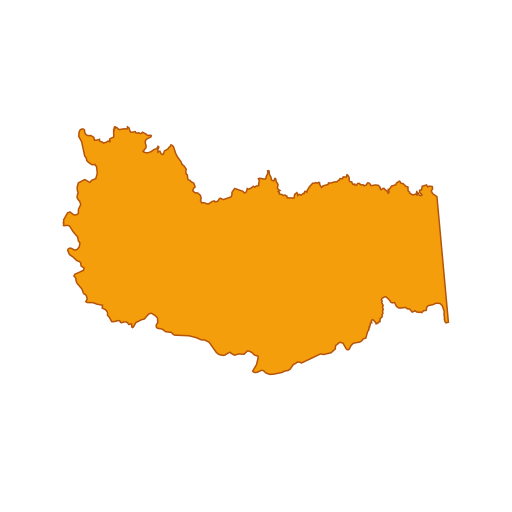 outline of Yavaraté (Cor. Departamental), Vaupés, Colombia, rotated 195°
{"feature_id": "7082276B57930571389360", "entity_name": "Yavaraté (Cor. Departamental)", "entity_type": "district", "adm_level": 2, "iso_a3": "COL", "parent_name": "Colombia", "parent_adm1": "Vaupés", "projection": "mercator", "projection_center": [-69.777, 0.831], "detail": "fine", "context": "isolated", "style": "filled", "palette": "amber", "viewbox_px": 512, "rotation_deg": 195, "n_neighbors": 0, "source": "geoboundaries", "source_scale": "gbopen_adm2", "svg_char_len": 6145}
<svg xmlns="http://www.w3.org/2000/svg" viewBox="0 0 512 512"><g transform="rotate(195 256 256)"><path d="M96.6,360.2L101.5,361.9L103.5,364.1L102.8,366.6L103.7,368.7L106.5,368.4L108.1,367.2L109.6,368.8L113.5,366.4L113.2,362.8L114.9,362.0L115.0,361.5L114.1,359.6L111.7,358.3L111.6,357.3L113.8,356.8L116.0,359.1L117.4,359.7L117.3,358.2L116.2,358.0L116.3,356.5L118.0,357.0L120.1,355.6L123.5,356.3L124.1,357.4L125.9,358.2L127.1,362.0L129.1,362.0L132.7,364.0L134.9,363.8L136.3,365.3L137.0,365.4L139.3,362.6L139.4,361.0L143.2,358.6L144.5,355.0L145.5,354.6L144.2,352.7L144.1,351.4L144.6,350.8L146.5,353.0L147.5,352.9L149.9,354.5L151.1,354.0L152.0,352.6L153.0,352.5L154.0,354.6L156.1,355.9L158.9,355.6L163.0,353.7L165.2,355.6L166.8,355.7L167.3,355.3L167.8,353.1L169.8,351.8L170.9,352.5L173.1,351.9L175.4,352.9L176.6,352.3L177.4,350.4L178.9,350.1L179.3,351.0L181.1,350.3L182.8,352.4L184.1,352.0L185.3,352.7L186.5,356.1L188.4,357.9L189.2,358.0L189.2,355.6L192.2,355.0L192.4,353.2L194.9,352.5L195.1,350.9L195.9,350.6L197.1,348.5L199.2,348.0L202.9,345.7L204.9,345.4L204.9,343.8L209.5,341.0L210.4,339.1L213.2,341.8L213.4,343.1L214.4,343.5L215.3,342.3L217.3,342.3L218.8,341.2L220.1,341.0L222.6,336.1L222.6,334.8L223.4,333.6L223.4,330.8L224.5,331.3L225.5,331.1L225.8,328.7L226.6,328.7L228.1,326.5L230.1,326.7L231.3,325.3L231.9,326.8L233.0,327.8L234.6,325.5L234.3,321.8L240.9,320.3L241.8,322.0L242.6,321.8L243.7,322.4L245.3,321.6L246.9,322.1L249.5,321.9L249.9,323.4L251.3,323.9L249.8,325.5L251.9,326.1L253.0,327.5L253.1,330.5L254.3,332.0L255.5,332.6L256.8,335.5L257.4,335.9L258.1,335.6L258.0,333.9L258.6,333.1L260.7,333.4L262.0,336.1L264.0,338.1L265.4,341.5L266.2,341.7L266.8,341.3L266.0,339.4L266.7,335.0L266.4,333.3L267.9,332.4L272.6,332.1L273.7,331.3L272.2,329.4L272.2,326.7L271.6,324.7L274.1,323.4L275.0,322.1L276.5,322.7L278.9,319.8L280.9,318.5L281.9,318.9L281.9,315.4L283.5,313.9L285.5,315.1L294.1,315.7L295.7,311.3L295.1,308.9L295.3,306.7L302.2,302.0L305.5,302.6L306.5,301.3L306.8,299.4L308.3,298.2L309.8,297.8L310.4,298.4L312.3,297.5L315.7,293.7L320.0,294.0L322.3,293.3L324.1,295.6L323.8,297.3L325.4,300.2L328.7,301.8L331.4,301.3L334.1,302.7L333.7,305.4L332.7,306.7L333.4,308.2L335.1,310.3L338.2,311.1L339.4,312.0L341.0,312.0L341.8,312.8L343.4,316.7L344.8,317.2L345.8,320.0L345.8,321.7L348.6,324.2L351.2,325.5L352.8,327.6L357.7,331.6L360.2,334.4L363.9,340.1L365.8,341.3L367.1,341.2L367.2,339.5L368.2,338.4L368.7,336.7L371.7,333.7L371.8,330.6L372.3,329.9L374.0,330.1L376.0,332.4L377.7,330.9L378.3,333.5L378.0,336.1L379.0,336.6L379.6,334.1L382.2,332.3L384.5,329.5L387.3,327.6L390.2,327.2L392.2,327.7L390.3,332.1L390.6,333.9L392.1,336.3L392.7,339.0L391.3,341.2L388.4,343.8L388.2,345.0L388.7,345.4L392.1,344.4L393.7,345.3L397.6,346.2L399.0,344.3L401.6,344.7L402.2,344.0L403.8,343.8L404.8,344.9L408.6,343.1L409.5,343.4L411.9,346.9L413.6,347.5L413.3,345.6L413.9,345.1L415.9,344.9L420.6,342.8L421.4,342.8L423.8,344.1L425.9,344.3L426.2,343.6L425.3,342.8L426.0,342.4L426.3,341.1L425.4,340.3L425.8,339.6L424.2,334.1L427.5,331.4L427.5,329.6L426.6,329.3L426.6,328.7L429.0,328.5L429.7,327.4L432.5,325.6L433.9,326.3L436.0,326.3L437.0,327.0L437.4,328.2L438.9,327.1L442.1,326.0L443.3,328.6L446.6,329.6L449.5,328.8L451.5,329.2L453.1,330.5L454.4,333.4L455.5,333.9L457.2,333.6L458.4,332.4L459.0,330.2L458.2,325.7L454.0,321.2L447.3,308.2L445.3,306.7L444.2,304.4L442.1,303.1L438.1,301.7L435.2,302.7L434.5,301.7L433.3,301.4L430.7,294.7L430.8,289.3L434.4,286.5L435.5,284.1L441.2,285.5L446.5,280.7L446.6,276.2L445.4,272.8L444.1,271.0L444.4,269.0L443.9,266.0L441.8,263.9L440.6,263.4L438.6,260.3L439.6,255.2L438.7,251.2L439.6,249.7L441.7,248.6L443.0,248.7L447.1,250.4L449.2,248.9L451.2,241.1L450.4,238.8L450.8,238.2L449.9,237.2L450.0,235.8L449.5,235.5L445.7,236.9L443.7,236.6L438.9,232.1L433.3,228.3L431.6,224.8L429.4,222.9L429.1,218.9L430.6,215.9L432.8,214.7L436.1,215.6L437.8,215.5L439.2,214.2L439.4,212.7L436.5,209.1L432.5,207.7L428.0,205.2L425.1,204.9L423.5,203.9L422.4,201.1L419.0,199.9L419.0,197.5L426.3,191.4L426.7,189.6L424.3,187.9L423.4,185.4L421.6,183.2L415.7,179.1L412.8,175.1L410.4,174.4L409.2,173.2L407.9,170.7L408.6,167.8L406.8,167.4L401.4,168.7L397.0,168.3L391.5,168.7L391.1,165.9L387.4,165.2L385.3,163.6L384.6,162.6L384.2,160.4L381.6,158.7L378.5,155.3L376.7,155.6L372.0,158.1L370.7,158.1L369.8,156.9L368.9,156.6L366.6,158.1L364.4,158.7L362.7,158.2L361.2,156.9L358.7,158.2L357.5,155.2L356.7,154.9L356.0,155.8L354.8,160.6L350.1,164.8L347.5,166.3L344.9,171.7L343.2,173.3L342.0,173.6L337.8,172.3L335.2,170.8L333.6,166.1L334.4,164.3L334.3,162.3L333.7,161.3L332.4,160.7L327.8,161.1L323.6,159.5L318.0,160.3L315.8,158.9L314.1,158.5L300.1,161.6L293.0,161.7L287.0,160.8L284.1,161.6L279.0,160.6L269.4,152.6L266.8,151.4L264.3,151.2L261.6,151.6L260.3,152.3L257.1,155.8L255.7,156.3L255.1,155.6L251.2,154.6L247.2,157.0L242.1,158.0L239.7,162.1L237.7,162.3L234.7,161.6L232.0,160.0L228.2,159.8L227.6,158.3L227.4,151.3L229.4,144.0L228.9,143.4L226.4,143.2L224.9,143.9L220.7,147.3L219.1,147.1L215.9,145.5L212.0,145.2L208.4,146.4L200.7,150.3L198.2,152.5L195.6,153.6L193.8,155.4L191.8,160.9L189.7,162.7L188.8,164.2L185.9,164.8L184.4,164.4L168.4,178.1L165.3,178.3L158.4,182.0L155.4,186.7L155.9,190.1L152.7,194.4L149.4,194.3L145.0,189.8L143.8,189.1L142.6,189.3L141.8,190.3L141.0,194.3L139.3,197.0L133.4,199.8L131.8,201.6L131.1,203.5L128.7,205.1L128.6,212.0L127.8,213.9L128.3,215.1L127.8,216.2L128.5,216.8L127.7,218.2L128.2,220.6L126.9,221.5L127.8,222.7L127.4,224.4L126.7,224.8L123.1,222.7L122.5,221.5L121.7,221.9L121.3,222.9L120.4,223.2L119.9,225.0L119.3,224.9L120.0,227.8L118.8,229.0L118.4,230.2L119.1,231.8L118.6,233.5L119.5,235.7L119.2,237.4L119.8,237.9L120.7,240.2L120.3,241.0L122.5,243.5L122.5,245.3L123.6,246.1L123.4,247.5L121.3,249.8L120.3,250.2L118.5,249.6L115.0,247.5L114.0,246.3L112.2,246.0L110.1,246.9L107.4,243.8L105.1,242.8L103.5,242.9L98.3,245.0L96.1,244.1L94.0,244.6L90.6,242.2L88.0,244.3L86.5,243.5L84.0,243.7L83.1,244.3L81.2,244.2L80.0,246.5L77.5,247.5L77.8,251.0L76.5,252.8L72.8,254.6L69.8,257.0L66.1,257.8L63.3,256.3L60.0,251.4L59.0,247.4L57.9,245.2L57.8,243.8L56.4,241.4L55.2,240.6L53.0,241.8L96.6,360.2Z" fill="#f59e0b" stroke="#b45309" stroke-width="1.5"/></g></svg>